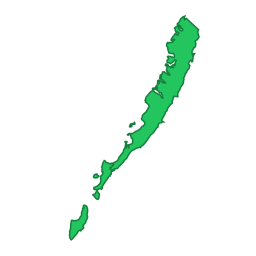 Jose Santos Guardiola, Islas de la Bahía, Honduras, rotated 133°
{"feature_id": "27666195B83736805727119", "entity_name": "Jose Santos Guardiola", "entity_type": "district", "adm_level": 2, "iso_a3": "HND", "parent_name": "Honduras", "parent_adm1": "Islas de la Bahía", "projection": "albers", "projection_center": [-86.302, 16.402], "detail": "fine", "context": "isolated", "style": "filled", "palette": "green", "viewbox_px": 256, "rotation_deg": 133, "n_neighbors": 0, "source": "geoboundaries", "source_scale": "gbopen_adm2", "svg_char_len": 5882}
<svg xmlns="http://www.w3.org/2000/svg" viewBox="0 0 256 256"><g transform="rotate(133 128 128)"><path d="M8.1,160.1L10.2,160.5L10.1,160.8L9.2,161.0L9.4,161.9L8.8,162.1L8.9,162.7L7.8,162.5L7.4,162.7L9.2,163.6L12.3,163.9L15.8,162.8L18.3,163.0L18.6,162.5L18.2,161.9L17.9,159.7L17.5,159.1L17.8,159.0L18.8,159.3L18.5,157.5L19.1,158.0L19.1,157.3L18.9,156.7L18.1,155.9L19.1,154.7L20.4,154.9L20.9,157.2L20.5,159.3L19.4,160.6L19.1,161.4L22.7,162.2L23.2,162.1L23.3,161.1L24.3,160.1L25.1,158.2L25.0,157.7L24.0,157.4L23.9,155.6L25.3,155.8L25.8,154.8L26.1,155.0L26.6,156.3L26.1,157.5L27.4,157.9L28.3,157.5L30.7,157.5L34.2,156.7L34.4,156.3L34.1,155.4L33.4,155.1L32.7,155.5L31.6,154.7L31.5,154.3L31.8,154.0L33.6,154.4L35.0,154.0L36.4,155.1L37.4,156.3L38.7,156.4L38.5,157.2L40.1,157.1L41.7,155.7L42.0,153.7L42.9,153.1L45.2,149.3L44.4,147.5L42.6,145.7L42.9,144.3L43.9,142.7L44.6,142.5L45.4,142.6L45.8,144.1L46.5,144.8L46.9,146.0L48.0,147.5L48.5,147.8L49.0,147.7L49.3,146.0L49.9,145.6L52.1,145.4L53.2,144.4L53.2,143.3L52.0,142.2L52.2,141.1L52.0,140.8L49.5,140.2L46.7,140.2L46.0,140.0L45.7,139.6L45.9,138.6L48.0,138.1L49.6,137.2L49.6,136.4L50.6,136.4L50.6,137.7L50.9,138.1L52.4,138.5L52.9,137.8L52.6,136.1L52.8,136.0L53.9,138.0L54.5,137.7L54.8,137.8L54.3,139.1L55.2,139.7L55.2,140.4L54.7,141.2L55.2,141.4L57.5,140.6L59.8,139.1L60.0,138.5L59.4,137.8L60.4,136.6L59.8,135.7L60.2,135.1L60.5,133.8L60.8,133.6L61.1,134.1L61.5,134.2L61.4,134.9L61.8,135.3L61.7,137.5L62.3,138.7L62.0,139.6L63.3,140.8L63.5,140.6L64.4,140.5L65.2,139.7L67.4,140.5L70.1,138.6L70.0,138.2L69.0,139.1L67.3,139.8L66.8,139.6L67.0,139.3L69.7,137.4L69.2,135.3L69.5,133.9L69.2,131.5L69.5,131.2L70.1,132.5L70.7,132.8L71.2,133.7L70.8,135.5L71.5,136.4L72.1,136.5L74.2,135.8L78.2,136.1L78.4,136.0L78.1,135.2L78.3,134.2L78.7,133.6L79.3,133.4L79.7,133.6L79.9,134.1L79.5,135.2L79.6,135.5L81.0,136.0L81.9,137.0L82.6,136.9L83.0,136.5L83.0,136.0L81.4,135.1L80.5,133.4L80.3,130.4L80.7,129.3L80.1,128.3L79.7,128.1L79.4,127.2L80.3,126.5L80.9,124.6L82.0,123.9L82.5,122.9L82.8,123.2L82.9,123.9L81.7,127.7L82.6,128.6L82.7,130.1L83.4,131.5L83.7,133.0L83.3,134.6L83.6,135.4L85.9,136.2L93.1,135.8L96.4,134.2L96.0,133.3L97.2,132.7L96.9,130.9L97.0,129.4L97.3,128.0L98.0,127.2L103.6,125.8L108.3,126.1L109.6,125.6L110.6,124.7L112.0,124.5L112.6,123.7L112.3,122.9L112.5,119.9L113.1,118.9L113.9,118.4L116.0,118.2L117.3,118.8L120.6,118.5L123.9,119.3L125.3,120.1L127.8,120.5L129.1,121.0L131.0,123.2L133.2,123.9L133.4,123.5L132.6,122.6L131.3,122.4L130.9,121.9L133.1,118.8L132.9,117.4L133.2,116.9L134.2,115.7L136.1,114.4L137.4,114.5L140.2,116.3L140.2,115.5L142.3,113.5L141.3,115.5L140.6,116.0L140.9,116.4L141.9,116.6L140.9,117.8L140.8,118.8L141.1,119.1L143.2,117.3L143.1,116.7L143.7,115.8L144.1,115.9L144.0,117.1L145.1,116.5L146.8,116.4L148.4,115.2L155.5,114.6L158.7,113.4L160.0,113.6L163.8,115.0L164.3,113.9L165.1,113.4L168.5,113.5L169.5,113.9L170.1,111.7L170.0,111.1L169.2,110.3L167.2,110.1L165.2,108.4L163.7,108.1L161.9,108.5L160.9,108.1L159.7,108.3L155.9,108.1L154.2,108.6L151.2,108.3L145.8,109.6L142.5,109.8L141.0,109.4L140.1,108.9L138.8,108.7L136.4,107.7L134.5,106.6L133.9,105.6L131.8,105.7L129.7,105.2L124.1,105.6L117.9,106.7L114.0,106.2L108.1,107.1L107.0,106.7L104.9,108.2L104.2,108.4L102.6,108.1L101.3,107.1L100.1,106.9L99.3,106.2L99.6,108.3L99.2,108.8L92.7,110.5L90.7,111.5L89.1,111.2L85.9,112.6L81.3,112.9L80.1,112.4L79.0,113.0L78.1,114.1L76.7,114.5L73.7,116.2L71.1,112.9L69.3,114.9L67.6,115.6L67.1,116.2L65.7,115.9L61.8,117.4L59.3,117.6L57.1,118.3L55.7,119.6L54.5,120.0L53.4,121.4L51.3,122.0L49.7,122.9L47.0,123.2L45.7,123.9L42.4,124.0L41.5,124.8L40.1,125.4L39.8,127.4L39.0,128.1L35.6,128.4L35.1,127.7L36.0,126.4L35.6,126.2L34.9,126.4L31.5,129.0L29.8,129.8L28.8,129.8L28.1,130.0L28.5,130.5L30.4,130.9L28.5,133.4L25.0,134.4L22.5,134.2L19.9,136.0L19.1,137.5L18.4,138.1L16.1,137.5L13.0,138.1L11.5,140.7L10.0,142.7L8.0,143.4L8.1,160.1ZM227.8,94.5L226.0,94.5L224.7,95.4L222.5,95.9L220.4,97.0L219.3,99.0L217.1,100.2L215.0,102.1L213.4,104.9L213.9,107.0L214.6,107.6L215.3,107.6L216.5,106.6L217.2,106.4L215.9,105.4L217.0,105.8L218.0,105.8L221.3,104.4L223.7,102.4L226.2,102.1L227.7,101.6L229.6,101.9L231.0,102.8L232.5,104.0L233.8,106.2L234.1,106.3L238.0,103.8L240.8,101.3L243.6,100.1L244.9,98.5L246.1,98.0L247.0,96.6L247.7,96.1L248.6,93.8L248.3,93.1L246.8,93.1L240.6,93.3L237.3,93.9L235.3,93.5L235.4,92.4L234.1,92.7L231.9,92.1L230.8,92.8L230.6,94.0L227.8,94.5ZM186.6,107.3L175.7,109.0L175.5,108.4L174.7,108.9L173.6,108.7L172.4,109.4L171.9,110.1L171.1,110.3L168.6,109.2L167.2,109.4L167.2,109.7L169.4,110.1L170.0,110.7L170.3,111.8L169.9,113.6L169.7,113.9L169.3,114.0L168.1,113.6L166.8,113.8L165.3,113.6L164.6,114.2L164.3,115.1L165.3,116.4L166.2,116.3L168.0,120.7L167.7,122.4L168.0,123.2L171.2,122.3L173.5,120.9L174.5,120.7L175.3,119.1L176.5,118.5L177.8,117.2L177.8,116.9L177.3,116.5L178.8,115.2L180.8,114.9L182.0,115.3L184.7,112.2L186.8,110.9L188.1,110.6L191.2,110.8L193.6,111.6L194.7,112.4L196.0,111.2L195.8,110.4L195.0,109.5L194.5,108.1L192.0,107.5L191.1,106.7L190.9,105.5L189.4,105.8L189.3,106.4L186.6,107.3ZM200.2,108.1L200.9,108.0L201.1,104.7L201.4,103.5L201.3,102.4L200.5,101.2L199.3,101.4L195.9,103.7L195.3,107.0L195.7,107.6L196.1,107.8L198.5,107.1L199.0,107.2L200.2,108.1ZM185.3,120.7L187.1,120.1L187.5,119.4L187.4,118.8L186.7,117.7L185.3,116.6L183.3,116.5L183.1,116.9L183.4,118.1L182.8,119.2L183.4,119.9L185.3,120.7ZM122.7,128.7L124.2,128.7L125.7,128.0L126.0,127.8L125.8,127.2L125.4,126.7L124.3,126.4L124.3,126.9L123.6,126.9L123.4,127.5L123.1,127.6L121.9,127.0L120.8,125.8L120.2,125.7L119.6,127.2L121.2,127.0L122.7,128.7ZM55.6,144.0L56.6,143.6L56.8,142.7L56.2,141.8L55.6,142.0L55.5,142.5L55.1,142.2L54.7,142.4L55.1,143.7L55.6,144.0ZM140.0,120.9L140.3,120.4L140.4,118.7L138.8,119.3L139.2,120.4L140.0,120.9ZM73.2,138.5L74.9,137.1L74.4,137.1L73.7,137.8L71.9,137.1L71.4,137.4L72.1,138.2L73.2,138.5Z" fill="#22c55e" stroke="#15803d" stroke-width="1.5"/></g></svg>